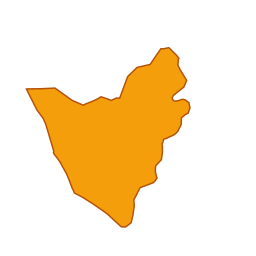 outline of Ghubaish, North Kordufan, Sudan, rotated 330°
{"feature_id": "16777658B17931705563902", "entity_name": "Ghubaish", "entity_type": "district", "adm_level": 2, "iso_a3": "SDN", "parent_name": "Sudan", "parent_adm1": "North Kordufan", "projection": "orthographic", "projection_center": [27.423, 12.292], "detail": "fine", "context": "isolated", "style": "filled", "palette": "amber", "viewbox_px": 256, "rotation_deg": 330, "n_neighbors": 0, "source": "geoboundaries", "source_scale": "gbopen_adm2", "svg_char_len": 1787}
<svg xmlns="http://www.w3.org/2000/svg" viewBox="0 0 256 256"><g transform="rotate(330 128 128)"><path d="M206.9,93.2L206.4,89.3L203.5,78.8L198.5,77.2L196.1,75.8L178.9,84.0L166.2,80.1L153.6,83.2L135.7,98.0L132.8,96.2L127.2,95.7L124.6,92.3L120.2,87.5L114.6,87.5L108.4,86.8L103.5,86.0L100.8,86.0L93.5,76.3L89.0,66.4L84.7,56.9L72.1,50.4L61.6,44.5L60.2,43.8L59.9,43.7L59.6,43.5L59.2,47.9L59.2,48.0L59.0,51.4L58.8,55.8L58.7,57.8L58.5,60.1L58.5,60.3L58.2,66.2L58.1,66.9L58.3,67.9L58.3,68.0L58.6,70.8L59.0,74.3L59.3,76.8L58.7,83.4L58.7,83.5L54.0,103.1L53.4,105.7L52.7,108.6L52.1,111.1L51.0,112.3L51.1,113.1L51.0,113.3L51.2,115.4L51.4,116.4L52.1,123.1L52.1,124.9L52.1,125.0L52.0,128.1L52.0,129.1L51.9,133.0L51.9,136.4L51.9,136.5L51.6,139.0L51.1,142.8L50.8,145.0L50.8,145.3L50.7,145.6L50.6,145.9L50.1,149.0L49.7,151.5L49.6,151.9L49.6,152.1L49.6,152.4L49.6,152.9L49.3,156.5L49.2,156.6L49.1,157.5L51.4,161.1L53.6,164.6L54.6,166.3L57.9,172.8L58.2,173.4L58.5,173.8L61.1,179.1L63.5,184.2L63.6,184.3L63.9,185.1L65.3,188.0L66.8,191.3L67.0,191.8L67.3,192.6L68.1,195.2L68.4,196.3L70.4,202.8L72.8,210.2L72.9,210.3L76.4,212.5L83.4,211.6L88.6,206.0L94.4,198.7L97.2,193.0L101.9,190.2L104.3,188.5L108.7,185.7L122.2,188.0L124.9,187.4L128.1,185.9L128.9,182.3L130.2,178.8L132.9,174.7L136.6,173.5L141.1,172.1L145.5,166.5L147.0,163.9L148.9,160.6L149.1,160.2L149.3,159.2L149.5,158.7L151.0,157.8L153.6,155.5L155.7,156.2L159.0,156.4L162.2,156.7L164.5,156.9L167.1,156.5L169.7,155.6L172.1,154.0L175.9,151.5L179.4,145.8L184.2,145.1L187.5,145.2L191.7,141.6L193.4,136.5L191.6,132.2L189.5,130.3L185.7,129.6L182.9,128.6L181.4,127.7L180.9,125.7L181.2,124.1L183.5,122.5L188.7,121.6L196.8,120.5L202.6,116.1L202.5,111.4L202.3,103.5L202.6,98.6L205.8,93.8L206.9,93.2Z" fill="#f59e0b" stroke="#b45309" stroke-width="1.5"/></g></svg>